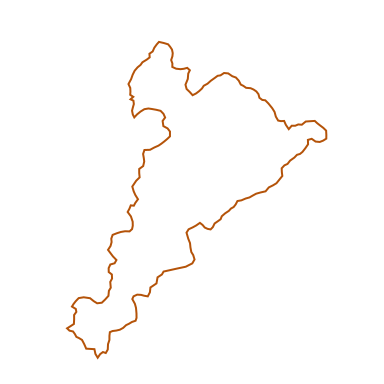 Pedro Leopoldo, Minas Gerais, Brazil (orthographic projection), rotated 173°
{"feature_id": "56859067B61889060897837", "entity_name": "Pedro Leopoldo", "entity_type": "district", "adm_level": 2, "iso_a3": "BRA", "parent_name": "Brazil", "parent_adm1": "Minas Gerais", "projection": "orthographic", "projection_center": [-44.041, -19.629], "detail": "fine", "context": "isolated", "style": "outline", "palette": "amber", "viewbox_px": 384, "rotation_deg": 173, "n_neighbors": 0, "source": "geoboundaries", "source_scale": "gbopen_adm2", "svg_char_len": 3390}
<svg xmlns="http://www.w3.org/2000/svg" viewBox="0 0 384 384"><g transform="rotate(173 192 192)"><path d="M276.0,159.1L277.8,155.5L277.9,152.1L279.4,148.4L282.4,144.8L280.5,141.5L278.3,137.7L275.3,133.7L277.5,130.7L281.9,130.0L284.0,126.6L284.4,122.7L281.6,119.9L281.9,115.8L284.1,112.7L284.3,106.9L286.5,104.1L287.6,99.1L291.4,95.8L295.0,93.1L299.7,93.1L302.8,95.6L306.1,99.0L312.3,100.7L317.4,100.5L320.7,97.8L323.2,95.3L325.1,92.9L321.6,90.1L321.4,87.1L324.0,84.3L324.5,80.0L325.3,75.4L329.4,73.4L332.6,71.9L330.5,69.3L327.1,68.1L325.6,65.4L324.4,62.3L322.0,60.8L319.2,58.6L317.5,54.1L316.1,49.4L312.3,48.7L308.0,47.9L307.6,43.1L305.8,39.0L302.9,42.3L299.9,44.0L297.2,42.7L294.8,45.9L293.9,51.2L292.0,55.2L291.5,59.2L290.6,62.9L287.8,63.7L284.1,63.7L280.4,64.1L276.9,65.5L273.6,67.9L270.6,68.9L267.5,70.3L263.7,71.1L262.4,73.8L261.9,78.3L261.7,83.8L262.3,88.0L264.3,93.0L262.7,95.6L258.9,96.8L255.1,96.1L252.2,94.9L248.6,93.8L246.0,97.6L244.9,102.3L241.9,103.8L238.4,105.6L236.6,111.5L231.9,113.8L229.9,116.5L215.4,117.9L207.3,118.6L204.6,119.6L200.4,121.1L197.7,124.7L198.5,129.3L200.0,132.5L200.3,137.2L200.2,141.5L201.4,146.1L202.4,152.3L199.9,155.4L195.6,156.8L192.1,158.2L187.9,160.4L185.5,158.0L183.7,155.2L181.0,153.5L178.1,152.6L175.6,154.6L173.4,158.0L169.6,160.0L166.9,161.5L165.4,164.3L161.7,166.8L157.7,168.8L155.4,170.8L152.5,172.0L150.2,174.3L148.0,177.5L144.0,177.7L139.5,179.0L135.6,179.6L132.3,181.0L128.5,182.5L123.9,183.2L118.9,183.7L115.2,187.2L110.9,188.7L107.1,190.4L103.7,193.7L100.4,196.9L100.4,200.8L100.1,204.6L97.0,207.2L93.8,208.2L90.8,211.2L86.2,213.7L83.3,216.1L80.2,216.6L77.5,218.3L74.2,221.6L71.0,225.2L70.6,229.6L66.7,230.2L63.2,227.0L59.1,226.1L55.6,227.0L52.2,228.6L51.7,232.3L51.4,236.6L53.9,239.7L56.8,242.5L59.3,245.0L61.5,247.6L65.1,247.8L70.5,248.1L74.8,245.4L78.3,246.1L81.4,245.2L85.0,245.6L88.3,242.6L90.7,247.3L91.9,251.3L95.1,251.5L97.8,252.4L99.6,256.6L100.3,261.4L102.1,265.3L105.4,270.6L108.1,274.1L111.0,274.8L113.6,277.3L114.1,281.0L115.9,284.0L118.4,286.2L121.2,287.9L125.6,288.8L128.1,291.1L130.5,292.7L132.0,296.8L134.5,300.3L137.9,302.0L141.6,305.3L145.7,306.2L149.5,304.3L152.4,304.2L155.4,302.5L159.8,300.1L163.4,297.6L167.4,296.0L169.5,293.5L172.7,291.2L176.0,289.3L179.6,288.0L182.1,291.6L184.8,294.9L185.4,299.3L182.4,304.7L181.3,310.0L179.3,313.1L181.6,315.8L185.1,315.3L188.4,315.3L192.7,316.3L196.3,318.5L195.8,322.0L196.6,325.5L194.9,329.1L194.2,332.2L194.5,335.8L196.0,338.8L197.7,341.5L201.8,343.3L206.5,345.0L209.0,342.8L211.8,339.8L213.9,336.3L217.4,334.4L217.6,330.8L220.6,329.0L225.4,326.8L227.6,324.4L230.8,322.4L234.1,319.4L236.6,315.6L238.7,311.4L241.9,306.9L240.6,302.8L240.9,299.0L241.5,296.0L238.7,293.6L241.7,291.5L239.0,289.8L239.0,286.4L240.4,283.1L241.6,280.0L241.3,276.1L240.2,273.1L237.1,275.7L233.3,278.1L229.2,280.0L225.1,280.2L221.8,279.3L217.6,278.0L213.3,276.4L210.8,273.1L209.6,269.2L212.5,266.1L212.4,260.9L208.5,258.1L206.5,254.7L207.1,249.9L210.2,247.6L213.6,245.4L216.5,243.7L219.6,242.1L223.9,240.8L228.5,239.0L234.1,239.5L235.9,235.7L235.7,231.4L235.7,228.1L237.3,223.7L241.6,221.3L242.1,217.2L242.2,212.9L246.0,210.0L250.6,204.7L249.8,199.8L248.6,195.9L246.5,191.4L249.6,188.1L251.4,185.5L254.4,186.2L256.1,183.1L258.3,180.0L255.6,175.2L254.5,169.7L254.9,165.7L256.0,162.5L258.8,160.5L263.2,161.2L267.5,161.0L271.7,160.2L276.0,159.1Z" fill="none" stroke="#b45309" stroke-width="2"/></g></svg>